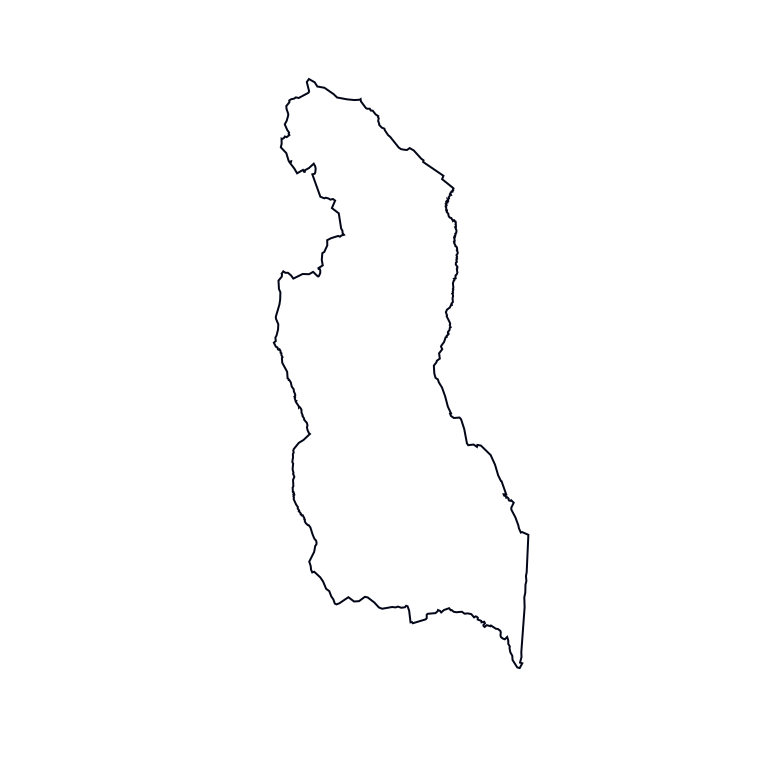 Kilosa, Morogoro, United Republic of Tanzania, rotated 341°
{"feature_id": "72390352B53131574128845", "entity_name": "Kilosa", "entity_type": "district", "adm_level": 2, "iso_a3": "TZA", "parent_name": "United Republic of Tanzania", "parent_adm1": "Morogoro", "projection": "equal_earth", "projection_center": [37.018, -6.957], "detail": "fine", "context": "isolated", "style": "outline", "palette": "ink", "viewbox_px": 768, "rotation_deg": 341, "n_neighbors": 0, "source": "geoboundaries", "source_scale": "gbopen_adm2", "svg_char_len": 6147}
<svg xmlns="http://www.w3.org/2000/svg" viewBox="0 0 768 768"><g transform="rotate(341 384 384)"><path d="M255.5,527.6L255.4,532.5L254.6,535.6L254.8,538.8L256.9,538.8L260.8,546.1L262.1,550.9L262.6,558.8L264.8,562.0L265.0,567.7L266.0,571.2L266.0,575.6L267.3,576.9L270.4,576.8L280.9,574.0L284.9,579.9L289.7,581.2L296.6,579.0L299.1,580.5L303.7,587.4L306.4,593.6L309.1,595.9L319.1,597.5L322.2,599.0L324.7,599.0L327.5,601.2L331.1,601.9L332.7,600.9L333.9,601.8L334.0,606.4L331.5,618.0L333.0,618.3L333.4,619.6L346.8,620.1L348.1,619.4L349.3,616.0L350.5,615.5L358.1,617.4L360.7,616.3L361.5,615.3L363.1,616.8L363.7,618.6L367.2,617.2L372.6,617.2L373.4,619.6L374.3,619.7L375.7,622.0L378.2,623.4L383.5,624.7L385.4,627.4L388.6,628.2L391.6,630.0L393.2,634.0L394.8,633.5L395.8,634.1L396.6,635.5L395.9,637.2L398.8,639.6L398.6,641.1L401.3,641.4L401.6,643.0L399.6,644.2L399.3,645.0L399.8,646.1L400.1,646.5L402.7,645.5L405.8,647.7L406.5,647.2L410.1,651.8L411.9,652.7L413.6,655.2L413.6,656.8L412.3,659.6L412.2,661.4L413.7,663.6L415.1,664.7L418.1,663.3L418.0,666.8L416.9,670.3L417.5,673.1L416.7,674.6L416.1,678.7L416.8,682.7L415.7,686.8L417.7,695.3L419.8,696.8L423.8,693.1L421.9,691.7L425.1,687.0L426.5,682.3L444.3,640.8L447.2,631.4L449.7,627.2L452.4,619.9L454.5,616.6L455.7,611.8L457.6,608.5L471.4,573.6L466.3,568.9L465.0,569.0L464.6,564.4L465.0,561.2L464.8,552.8L463.5,544.3L464.1,542.4L468.0,538.5L466.4,535.3L465.6,535.7L464.4,535.0L464.1,533.8L464.5,532.8L463.6,531.2L462.6,531.3L462.7,529.3L461.4,528.9L461.2,528.0L461.2,527.2L463.6,528.1L463.5,514.2L463.0,513.9L462.2,507.6L462.7,496.5L461.7,485.9L455.6,473.8L452.5,472.0L451.4,473.7L449.0,470.4L443.7,469.3L443.1,467.1L445.2,452.7L445.4,442.5L444.5,440.3L439.0,438.9L436.9,435.9L436.8,433.5L437.8,433.6L437.0,426.2L437.8,415.7L437.7,406.3L436.4,400.4L436.4,397.2L434.7,394.9L435.0,390.4L437.1,382.9L440.7,380.5L441.6,379.2L445.0,378.2L446.1,372.9L450.4,370.1L450.1,367.2L450.6,366.5L454.5,363.8L457.5,359.9L458.7,359.9L459.0,358.8L461.2,358.0L461.5,357.2L461.0,356.8L461.3,355.7L463.5,354.3L464.6,352.2L465.5,352.0L465.3,349.9L466.2,348.6L466.2,347.2L465.3,340.3L465.9,339.8L465.9,336.2L467.8,334.2L471.2,333.1L473.1,331.1L473.9,331.3L474.0,329.9L475.8,329.0L476.8,325.0L477.8,323.7L478.2,322.0L477.9,320.7L479.0,320.3L479.1,318.9L480.2,317.5L480.0,316.6L480.9,315.7L482.0,311.1L483.6,309.0L484.2,308.9L484.6,307.7L485.3,307.6L484.9,307.2L486.2,306.9L487.0,304.6L488.5,304.0L489.7,302.5L490.1,299.7L490.8,298.8L490.6,298.3L491.6,297.3L490.8,294.4L491.5,292.7L492.7,292.2L492.8,290.2L493.9,289.4L493.6,288.4L494.5,287.6L494.5,285.7L496.0,284.7L496.6,283.5L496.4,281.2L496.9,281.0L497.4,278.4L496.4,276.7L496.7,276.4L496.2,273.4L496.8,272.9L496.6,272.0L497.5,271.6L498.0,268.1L498.8,267.3L499.0,267.9L500.4,265.8L500.4,265.0L501.5,264.6L502.5,262.6L502.4,259.4L502.8,259.7L503.8,257.0L503.6,256.3L504.4,255.1L504.5,253.8L504.1,253.7L503.8,252.2L502.4,252.4L502.6,251.4L501.9,250.8L501.7,249.0L500.3,248.0L499.8,246.2L500.2,243.8L499.4,242.0L500.1,240.4L499.3,240.1L500.2,237.7L500.1,236.0L501.3,235.6L501.0,233.9L501.9,233.8L502.0,232.4L503.1,232.8L503.1,231.5L504.2,231.8L504.3,230.7L504.7,231.5L504.5,230.2L505.9,229.6L505.9,228.4L507.2,227.8L508.0,226.2L508.9,226.8L508.9,225.5L509.5,224.5L511.4,224.4L511.2,223.7L512.7,223.1L512.6,222.4L513.4,221.6L505.6,209.2L508.0,206.5L493.3,186.8L494.2,185.4L492.6,183.2L488.2,172.9L485.1,169.3L482.0,170.2L480.0,169.4L476.6,167.5L474.9,165.2L470.3,152.3L468.9,150.0L467.4,144.3L467.5,142.7L465.3,140.8L463.8,137.3L464.2,136.4L464.1,133.4L465.5,131.1L465.2,129.6L465.8,128.8L463.9,126.5L462.3,121.9L460.5,121.1L460.2,119.1L457.8,118.3L456.7,117.2L454.2,109.3L454.6,107.0L453.5,107.3L448.5,105.9L441.7,102.8L432.9,97.8L430.7,93.5L424.1,84.5L417.8,81.0L416.7,76.2L412.3,71.2L409.3,73.4L408.5,82.9L407.5,84.0L396.4,85.8L394.0,84.3L392.0,84.9L388.9,84.5L386.7,85.1L386.3,86.8L382.1,89.4L381.4,92.2L381.4,97.4L380.8,99.0L377.8,103.3L374.7,106.2L375.2,112.3L376.1,115.4L375.3,116.4L375.6,117.8L372.3,118.9L370.8,117.7L369.7,118.7L367.6,119.2L367.0,118.7L365.4,123.6L363.5,126.6L366.8,133.9L366.5,141.8L366.8,143.1L368.7,143.2L368.3,143.9L367.0,144.0L369.4,151.3L370.4,156.5L377.1,155.2L377.6,157.5L378.3,157.5L378.4,156.2L383.3,155.4L389.3,152.8L389.8,155.8L389.5,158.1L387.9,161.6L386.9,162.6L384.5,162.4L384.8,186.2L388.0,189.0L389.6,188.9L391.9,190.5L393.3,192.2L396.0,192.5L397.5,194.7L392.0,200.7L396.8,207.9L394.1,223.1L394.6,225.4L394.0,228.0L394.7,229.9L392.0,229.7L390.3,230.4L388.9,229.1L381.5,228.9L377.1,229.5L375.5,234.5L370.5,239.7L368.3,240.2L365.6,246.3L364.7,251.9L359.7,253.1L359.7,254.0L360.7,254.5L360.7,255.9L359.8,258.4L357.5,260.8L356.7,260.9L356.0,259.9L353.5,254.9L348.9,255.8L342.9,253.5L332.6,254.8L331.5,251.2L329.4,247.6L326.9,246.7L325.5,244.7L323.1,246.4L323.2,247.3L322.3,249.2L317.9,251.9L315.6,260.0L315.9,263.5L313.3,270.4L311.0,274.8L303.6,285.2L303.1,287.0L303.5,293.1L301.6,297.9L298.3,303.0L296.4,304.8L295.7,308.1L293.3,309.1L293.9,313.5L295.2,314.8L295.0,316.7L295.8,317.5L296.5,317.2L296.9,319.0L296.4,320.8L297.0,321.4L296.4,323.4L296.8,325.6L295.9,326.2L294.7,330.9L296.4,340.9L294.7,347.2L295.3,347.8L295.2,349.2L295.8,349.5L296.4,352.3L295.9,356.4L296.9,359.6L296.4,361.5L296.6,364.9L296.3,366.1L295.2,366.8L295.6,367.7L295.0,368.2L294.9,371.1L295.5,371.5L294.8,372.1L296.2,377.5L296.0,378.3L296.5,378.0L297.0,378.8L297.6,381.3L296.7,384.2L296.9,387.2L296.5,387.6L297.2,390.5L296.9,391.9L298.4,395.6L298.2,398.2L297.0,399.9L296.7,402.8L297.0,405.9L297.7,407.1L289.7,410.7L284.3,411.9L277.4,416.2L276.5,417.5L276.3,419.4L275.0,420.6L274.2,423.5L271.9,427.9L272.2,429.6L269.8,434.9L269.5,438.6L268.8,439.3L269.0,442.6L266.8,445.0L265.0,451.2L263.9,452.2L262.7,456.4L263.3,456.7L263.2,459.0L262.5,458.7L262.2,459.2L262.4,460.4L261.7,461.1L261.9,461.9L261.1,463.6L261.7,469.6L262.5,472.3L261.9,473.6L262.6,476.0L262.0,476.6L263.0,478.5L262.8,479.8L263.2,479.9L263.3,481.4L264.4,481.6L265.0,485.1L264.6,485.8L265.0,486.8L264.4,487.8L264.7,490.0L266.0,492.6L266.8,492.9L267.7,495.6L267.5,503.3L267.8,507.7L268.8,510.0L268.6,512.0L267.9,513.6L266.2,514.8L263.3,520.0L255.5,527.6Z" fill="none" stroke="#020617" stroke-width="2"/></g></svg>